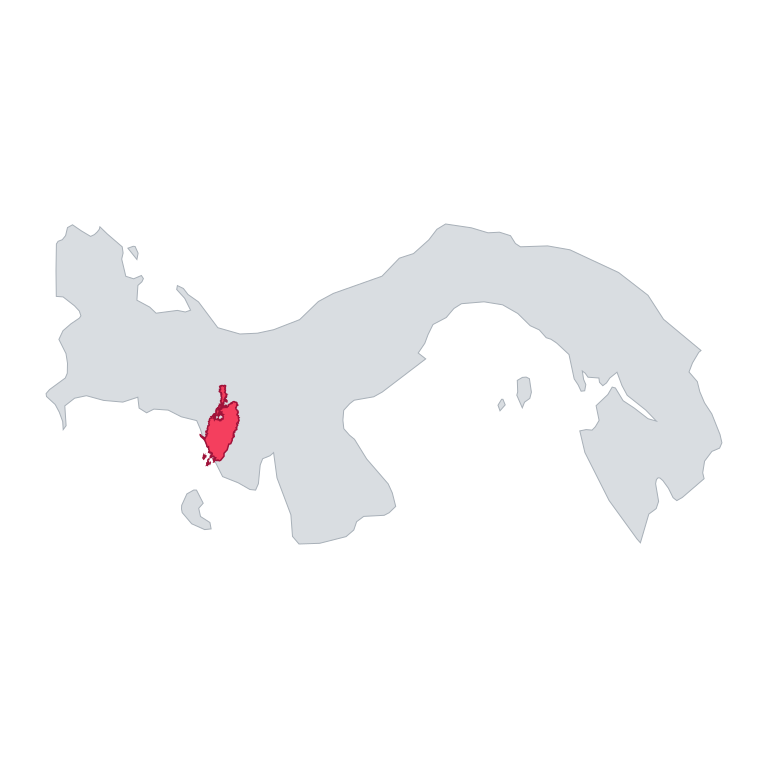 Las Palmas, Veraguas, Panama (highlighted)
{"feature_id": "35544464B23901142884801", "entity_name": "Las Palmas", "entity_type": "district", "adm_level": 2, "iso_a3": "PAN", "parent_name": "Panama", "parent_adm1": "Veraguas", "projection": "natural_earth1", "projection_center": [-81.526, 8.102], "detail": "fine", "context": "in_parent", "style": "filled", "palette": "rose", "viewbox_px": 768, "rotation_deg": 0, "n_neighbors": 0, "source": "geoboundaries", "source_scale": "gbopen_adm2", "svg_char_len": 9112}
<svg xmlns="http://www.w3.org/2000/svg" viewBox="0 0 768 768"><path d="M701.0,350.5L698.8,352.3L692.5,362.9L689.0,372.0L697.3,381.6L699.8,391.7L704.5,402.8L711.8,413.9L720.0,434.5L721.9,442.8L719.6,448.1L711.9,451.4L704.6,461.1L702.7,472.8L704.1,478.7L682.4,497.4L676.8,500.6L673.1,497.7L668.4,488.2L662.9,480.6L659.9,478.0L658.1,477.8L656.4,479.6L655.6,483.7L658.6,501.4L656.2,508.6L648.8,514.1L640.4,542.8L637.1,539.1L609.1,500.5L584.9,452.5L579.8,430.9L586.1,429.6L592.1,430.1L595.4,426.7L599.1,420.4L596.1,405.7L607.8,394.6L612.2,387.1L615.4,388.0L623.1,400.7L634.3,408.1L648.0,418.7L656.4,421.1L645.7,410.0L627.2,395.3L622.0,385.6L617.0,372.2L609.8,378.0L606.5,382.9L602.8,385.7L599.5,382.3L598.9,378.0L588.0,377.2L585.2,373.2L582.3,371.0L583.6,379.4L585.8,384.6L584.7,390.8L581.1,391.2L578.1,384.8L574.2,378.9L569.0,354.5L556.6,343.0L550.9,339.2L546.2,337.7L539.3,329.9L530.2,325.7L517.8,313.5L502.6,304.8L484.0,301.8L461.5,303.7L453.9,308.5L448.7,314.6L446.3,317.5L433.0,324.5L428.0,334.7L424.8,343.3L418.2,353.0L425.7,358.9L382.3,392.0L373.7,396.8L354.2,400.2L349.7,403.7L343.7,410.3L342.9,420.2L343.8,428.7L349.5,435.2L354.5,439.3L366.7,459.0L388.2,483.9L392.3,492.9L395.7,506.4L389.2,512.7L384.2,515.3L363.7,516.4L356.6,521.7L353.8,530.0L346.1,536.6L319.7,543.3L299.0,544.0L292.5,536.4L290.9,514.8L277.0,477.9L273.6,452.6L270.1,455.7L262.7,458.7L260.2,465.0L258.4,483.7L255.6,490.1L249.9,489.5L238.2,482.8L222.6,476.6L202.7,436.9L200.5,429.5L196.7,420.6L181.3,416.8L168.2,410.1L153.9,409.1L146.6,412.8L139.1,408.1L137.8,397.2L122.8,402.1L103.6,400.4L86.4,395.7L74.6,398.2L64.8,405.9L66.1,425.7L63.2,429.6L62.7,421.5L59.3,412.2L55.2,404.5L46.5,396.5L46.1,393.6L49.5,389.6L65.3,378.0L67.3,373.2L67.5,363.2L66.0,353.6L58.9,339.4L63.0,330.7L71.1,323.7L79.4,318.1L80.9,315.8L79.3,311.0L74.5,305.8L63.1,296.9L56.3,296.4L56.0,271.0L56.4,244.0L58.1,241.3L62.3,239.7L65.6,235.6L67.5,227.6L72.5,224.8L81.4,230.9L90.6,236.4L94.4,234.6L97.3,231.9L99.3,229.3L99.9,226.8L107.3,234.0L122.2,246.8L123.1,253.0L121.7,259.1L125.8,276.3L133.6,278.8L141.4,275.5L143.4,278.6L141.9,281.8L137.9,285.4L136.9,300.2L149.7,307.1L156.1,313.2L177.4,310.4L185.3,312.0L190.6,310.2L184.7,298.3L176.7,289.5L177.4,285.6L183.4,288.5L188.0,294.5L198.5,301.9L217.8,327.7L239.9,334.0L257.4,333.2L273.7,329.7L299.7,319.6L318.4,301.5L333.4,293.4L382.0,276.2L399.3,258.2L406.6,255.8L413.5,253.6L428.8,239.9L436.9,229.3L445.6,224.0L471.3,227.8L488.0,232.8L499.5,232.2L510.5,235.7L515.4,243.5L520.4,246.8L547.6,245.9L569.9,249.8L618.7,272.6L648.0,295.3L663.5,319.3L701.0,350.5ZM211.1,528.9L204.7,529.6L191.7,523.8L182.2,512.6L181.5,509.0L181.7,505.3L186.9,493.9L193.8,490.0L196.5,490.1L203.2,503.2L198.7,508.3L200.5,516.5L209.9,522.5L211.1,528.9ZM524.5,402.2L522.3,407.8L516.8,395.2L517.7,391.9L517.3,380.4L522.4,377.4L526.2,377.1L529.4,378.7L531.4,392.2L529.8,398.4L524.5,402.2ZM138.1,253.2L136.9,259.5L127.9,248.2L133.2,246.3L135.1,246.5L138.1,253.2ZM505.2,404.9L500.0,410.8L498.0,405.2L501.6,399.3L502.9,399.3L505.2,404.9Z" fill="#d9dde1" stroke="#a8b0b8" stroke-width="1"/><path d="M205.9,434.8L206.7,435.2L206.8,435.8L206.0,436.5L205.0,438.9L204.6,438.6L204.3,437.6L201.4,436.0L200.6,434.8L200.2,434.7L200.2,435.0L200.8,436.4L204.0,439.3L205.1,440.8L206.8,445.3L206.9,446.5L207.6,447.1L208.5,446.7L208.7,449.3L209.5,451.2L208.8,451.6L208.7,452.2L209.3,452.0L210.1,453.1L210.5,452.5L210.8,452.7L211.0,452.5L211.4,453.0L211.6,452.8L212.2,453.2L212.3,453.8L212.0,454.6L211.0,455.1L211.6,455.8L211.5,456.2L211.2,456.3L210.5,455.9L210.4,455.6L210.2,457.5L210.8,456.8L211.3,457.3L213.0,456.2L213.2,456.5L213.8,456.3L214.1,456.9L214.0,457.1L214.7,457.6L215.7,457.7L215.4,458.5L214.3,459.1L214.3,459.4L214.1,458.6L213.7,459.0L213.1,459.0L213.8,460.0L213.6,460.5L214.2,460.8L213.8,461.9L214.2,461.8L214.5,460.4L215.5,460.1L216.6,460.5L216.7,460.2L217.8,460.0L218.0,460.4L218.4,460.2L219.2,460.8L220.6,460.3L224.0,456.2L224.0,453.3L227.2,449.8L228.8,444.1L229.6,444.1L230.8,443.6L232.2,440.3L232.2,438.5L233.2,437.6L233.3,436.7L234.2,436.6L234.1,435.8L233.9,436.1L233.9,435.8L233.6,435.9L233.7,435.4L233.2,435.2L233.6,433.8L233.4,433.5L233.6,433.1L233.5,432.9L233.7,432.5L234.0,432.5L234.0,431.9L234.5,432.0L234.6,431.6L234.8,431.7L235.0,430.4L236.6,429.7L236.8,429.3L236.5,429.2L236.6,428.5L236.1,427.8L236.8,427.4L237.0,426.0L237.7,425.2L237.5,424.5L236.8,424.2L236.7,423.7L237.5,422.5L238.3,422.9L238.2,422.0L239.0,420.7L238.7,420.4L238.9,419.9L238.4,418.1L239.0,417.6L238.5,417.3L238.2,416.5L238.4,415.6L236.9,414.8L237.5,413.5L238.0,413.1L237.8,412.6L238.1,412.4L237.9,412.0L238.1,411.2L237.3,410.9L236.8,409.7L236.1,409.2L235.7,407.6L236.3,407.2L236.7,405.7L237.8,405.1L237.4,404.3L236.9,404.3L236.8,402.6L235.7,402.1L235.1,402.3L234.2,401.6L233.2,401.7L232.0,402.6L232.2,403.1L231.9,403.4L231.6,403.5L231.2,403.1L230.9,403.6L230.6,403.5L230.5,403.9L229.1,404.4L229.0,404.8L228.4,405.0L228.2,406.4L227.1,406.8L226.8,406.3L226.5,406.6L226.8,407.4L225.7,407.4L225.8,405.9L226.1,405.4L225.2,405.3L225.0,405.6L225.3,405.7L225.6,406.4L225.2,406.4L223.9,407.7L223.3,407.0L223.9,406.3L223.5,406.3L223.2,405.7L222.9,406.0L222.9,405.5L223.2,405.2L223.1,404.9L222.0,405.4L222.6,404.5L221.9,404.2L222.2,404.0L221.8,403.6L221.2,403.4L220.9,404.4L221.3,404.4L221.3,405.4L221.9,405.6L221.4,406.8L221.8,407.1L222.1,405.9L222.4,406.3L222.0,407.3L222.2,407.9L221.7,408.9L219.8,409.9L219.5,410.6L219.8,411.0L219.3,410.9L219.2,410.8L219.4,410.6L219.1,410.2L219.4,410.1L219.4,409.1L219.2,408.8L218.3,409.0L218.3,408.1L217.6,407.8L217.2,408.9L216.7,408.7L216.3,409.2L216.2,409.9L216.6,410.3L216.0,410.5L216.3,411.2L215.9,411.7L216.6,412.1L216.5,413.1L215.6,413.2L215.5,413.7L214.4,413.8L214.7,414.6L214.5,414.9L213.8,414.3L213.5,414.4L212.7,415.7L212.6,416.4L211.0,416.7L211.7,418.0L209.9,418.4L209.4,419.6L209.6,420.6L208.6,421.5L209.1,422.2L208.7,423.9L209.3,424.8L208.8,425.7L207.8,426.0L207.9,426.5L207.3,428.6L207.7,428.6L207.8,429.1L207.2,431.0L207.0,431.3L206.3,431.0L205.9,431.3L205.9,432.1L206.8,432.7L207.5,433.7L206.5,434.6L205.9,434.4L205.9,434.8ZM213.9,416.4L215.3,417.6L215.5,417.2L215.1,417.0L215.3,416.7L215.2,415.7L215.7,415.9L216.1,415.6L215.6,415.5L216.0,414.9L217.2,415.1L217.8,414.6L218.2,415.2L218.0,415.9L218.4,416.2L218.5,415.9L218.9,415.9L219.2,415.2L219.6,415.2L220.2,414.0L220.0,413.6L219.7,413.5L219.2,414.6L218.3,414.2L218.3,413.5L218.8,413.2L218.9,412.3L219.5,412.4L219.5,413.1L219.6,412.7L219.8,412.9L219.7,413.4L220.1,413.6L220.4,413.2L221.0,413.6L221.1,414.5L221.4,415.0L221.9,414.8L221.5,414.4L221.9,413.8L221.7,413.6L221.7,412.9L221.3,412.7L221.2,412.1L221.8,411.9L221.7,413.6L223.0,414.4L222.5,414.5L222.1,413.9L222.1,415.0L223.1,415.0L222.6,415.8L223.4,416.9L223.1,417.5L223.1,418.8L222.1,418.6L222.1,419.3L221.5,419.1L221.3,419.8L220.9,419.6L220.7,420.3L220.3,419.9L220.0,420.2L220.2,420.6L219.6,420.7L219.1,420.2L219.2,419.5L218.3,419.3L218.2,418.5L217.9,419.2L217.7,418.7L217.0,419.3L216.1,419.1L216.0,419.3L215.7,419.0L214.9,419.1L214.5,419.7L214.4,419.0L214.0,418.6L214.4,418.1L213.9,418.0L214.3,417.7L213.6,417.6L213.5,416.8L213.2,416.5L213.8,415.8L213.3,415.6L213.6,415.4L214.0,415.6L214.7,415.1L214.9,415.8L214.4,415.7L214.6,416.0L213.9,416.4ZM220.7,400.3L220.5,401.0L221.1,401.7L220.9,402.1L221.3,402.4L221.2,403.0L221.7,403.3L222.6,403.2L222.8,403.9L223.6,403.8L223.8,403.4L223.6,403.2L223.5,402.3L224.0,402.0L224.3,400.7L224.1,399.6L224.8,399.3L224.6,398.4L224.8,398.2L225.2,398.4L225.2,397.5L226.0,397.3L225.9,397.0L226.2,397.0L226.1,396.6L226.4,396.7L226.7,395.8L226.2,394.6L226.7,394.3L226.1,394.1L225.3,392.8L224.7,392.3L225.3,391.2L225.2,390.8L225.5,390.1L224.8,389.3L225.3,388.3L224.9,387.9L225.0,387.2L225.4,387.0L225.6,385.8L225.2,385.5L224.4,385.4L223.5,386.1L222.9,385.6L221.9,385.5L220.9,385.7L220.9,386.3L220.3,386.3L220.4,386.5L219.8,386.6L220.1,387.2L219.9,387.7L220.5,388.2L220.4,389.2L220.6,389.4L220.5,389.7L219.6,389.6L219.8,390.5L219.5,390.7L219.3,391.5L219.9,391.7L220.3,392.5L221.0,392.7L221.0,393.6L221.4,393.1L221.7,394.0L221.2,396.3L221.7,397.1L221.7,398.2L221.3,398.4L221.6,399.7L221.4,400.2L220.7,400.3ZM218.4,407.8L219.0,407.8L219.8,408.6L220.3,408.2L220.6,408.7L221.0,408.7L221.1,408.4L220.8,407.7L221.1,407.3L220.8,406.9L221.4,406.2L220.5,405.3L220.9,404.6L219.6,404.3L219.7,404.9L219.2,405.4L219.6,405.6L218.7,406.7L218.4,407.8ZM207.9,462.0L207.8,461.6L207.7,461.9L207.8,463.4L206.8,463.1L206.8,463.8L207.1,464.2L206.7,465.1L207.0,465.0L207.5,465.3L207.6,464.4L207.9,464.0L208.3,464.9L208.4,461.8L207.9,462.0ZM203.8,456.5L203.6,455.5L203.4,456.1L203.5,457.3L202.9,457.9L203.3,458.5L203.5,457.6L203.8,458.1L204.4,458.1L204.4,458.4L204.6,458.2L204.8,458.4L204.6,457.9L204.9,456.7L204.6,456.3L204.6,455.8L204.2,456.5L203.8,456.5ZM226.8,401.9L227.0,401.1L226.5,401.1L226.5,400.1L226.0,399.5L224.9,399.5L225.0,400.3L225.9,400.5L225.8,401.5L226.8,401.9ZM205.8,455.8L205.4,455.8L205.3,457.0L205.7,456.9L205.8,455.8ZM207.9,460.2L208.0,459.7L207.6,460.4L207.9,460.2ZM210.1,463.2L210.3,462.7L210.2,462.6L210.0,462.8L210.1,463.2ZM208.4,459.3L208.2,459.7L208.6,459.6L208.4,459.3ZM209.9,463.8L210.0,463.6L210.0,463.3L209.8,463.6L209.9,463.8Z" fill="#f43f5e" stroke="#9f1239" stroke-width="1.5"/></svg>